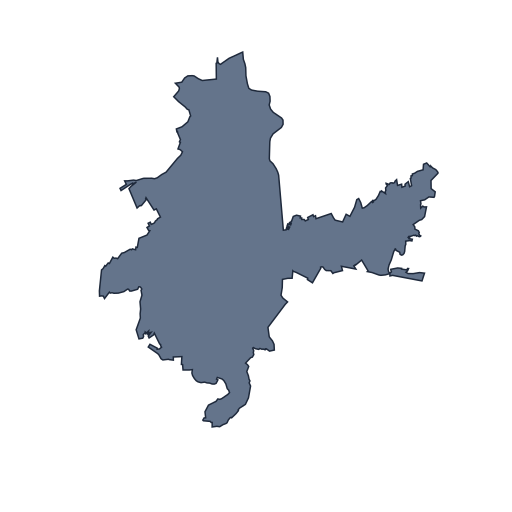 Targu Mures, Mures, Romania, rotated 120°
{"feature_id": "2599482B75389931397791", "entity_name": "Targu Mures", "entity_type": "district", "adm_level": 2, "iso_a3": "ROU", "parent_name": "Romania", "parent_adm1": "Mures", "projection": "equal_earth", "projection_center": [24.558, 46.548], "detail": "fine", "context": "isolated", "style": "filled", "palette": "slate", "viewbox_px": 512, "rotation_deg": 120, "n_neighbors": 0, "source": "geoboundaries", "source_scale": "gbopen_adm2", "svg_char_len": 6154}
<svg xmlns="http://www.w3.org/2000/svg" viewBox="0 0 512 512"><g transform="rotate(120 256 256)"><path d="M383.8,313.0L381.9,313.1L380.5,314.3L378.2,313.8L378.4,313.0L377.2,313.8L377.4,312.4L374.6,311.5L376.8,310.7L377.8,311.0L377.9,310.5L375.5,309.6L374.6,308.7L379.2,309.3L380.4,307.6L375.6,305.3L373.6,305.5L380.4,295.4L380.3,294.4L381.4,293.7L382.2,292.2L384.7,293.1L386.2,295.0L385.2,295.5L385.5,303.7L388.7,303.8L389.7,292.3L390.2,290.6L392.5,286.8L392.6,284.7L389.2,280.2L389.1,279.3L387.5,275.5L384.8,277.1L380.2,269.9L387.2,266.4L386.7,265.3L391.2,262.2L388.1,256.8L386.2,254.3L389.4,253.0L391.2,251.2L393.0,248.0L393.9,245.4L394.0,243.4L393.2,240.3L390.9,237.4L390.4,235.0L389.2,232.5L388.8,230.0L387.7,228.0L386.3,226.9L383.1,227.0L382.3,227.1L382.4,228.6L380.5,228.8L379.5,224.0L379.9,221.7L381.8,218.2L385.3,214.5L385.8,212.7L387.5,210.6L390.0,211.2L396.7,214.4L398.2,215.6L398.9,217.6L401.8,217.9L408.9,222.6L416.4,222.3L421.3,218.7L422.2,220.0L424.7,220.0L425.0,219.2L422.1,212.9L422.6,211.6L422.1,210.7L426.0,208.5L423.1,204.8L422.0,202.1L418.6,200.3L416.0,198.2L414.9,197.7L411.8,198.0L409.0,197.5L408.2,196.9L408.3,196.2L402.5,194.5L398.7,193.9L398.3,194.5L396.0,194.2L389.8,191.0L382.6,191.6L371.3,195.7L369.3,198.5L367.2,198.8L366.1,200.5L363.5,202.7L360.7,206.2L355.3,207.1L354.4,209.0L354.0,211.5L346.7,209.8L345.4,208.6L342.5,208.6L340.9,210.1L339.2,210.6L337.5,212.8L336.6,212.5L336.6,210.3L335.5,206.9L334.1,206.4L333.9,204.6L332.9,202.9L332.7,201.2L332.0,200.9L331.6,201.3L331.2,200.7L331.6,196.7L328.3,193.1L323.5,196.2L321.3,199.3L319.5,203.9L318.9,204.5L311.8,210.0L283.2,206.5L280.0,205.7L279.0,211.7L277.5,214.7L270.2,217.5L263.0,221.4L259.5,217.4L257.2,213.6L250.4,216.7L250.6,215.9L250.1,213.0L249.3,200.1L250.7,199.7L251.0,193.7L234.2,193.8L233.4,194.5L232.3,193.5L232.1,192.3L233.3,189.8L233.5,187.9L231.3,183.8L232.7,180.7L231.5,180.1L225.4,173.8L222.2,176.9L217.4,163.0L215.6,166.4L213.8,165.6L214.0,165.2L206.7,162.5L212.9,151.4L213.8,151.7L212.3,147.3L211.0,140.1L210.3,138.2L207.7,134.6L205.3,132.2L204.0,131.5L206.3,130.0L204.5,128.1L194.6,99.8L186.6,101.5L188.6,106.1L192.7,111.1L195.2,115.6L195.1,118.0L193.1,117.3L190.6,117.6L191.0,118.5L192.6,118.5L194.6,123.4L193.9,123.7L195.5,127.3L200.2,132.7L202.0,130.8L203.8,131.4L203.5,133.2L201.3,135.1L197.2,136.3L191.7,136.9L183.4,138.9L180.2,139.0L180.2,138.5L181.1,137.5L180.9,133.4L182.5,132.1L182.5,130.4L181.6,129.5L179.7,129.1L177.8,129.5L172.6,131.9L171.0,132.1L168.3,133.8L165.8,130.6L165.0,128.5L163.3,129.0L164.5,132.2L163.5,132.1L163.8,133.5L162.7,133.5L161.5,131.8L159.1,129.7L158.9,128.5L158.3,128.4L158.1,127.4L158.5,126.9L157.7,126.2L157.7,124.3L156.7,123.3L156.2,123.5L156.5,123.9L155.4,126.1L154.1,126.3L153.0,127.9L153.2,131.9L151.4,133.0L150.2,135.6L143.4,132.4L141.6,130.7L137.6,129.7L128.2,132.9L129.5,134.9L129.4,136.5L132.2,137.3L129.2,139.2L128.4,139.2L125.9,141.2L123.0,138.0L118.4,135.8L116.2,131.2L115.1,131.2L110.8,132.9L110.1,138.0L103.1,142.2L93.4,139.8L92.6,140.2L91.6,142.5L91.3,143.7L91.4,147.1L90.8,149.3L91.2,149.0L91.7,149.7L90.1,154.7L92.8,156.8L97.8,154.4L102.0,158.5L105.0,160.0L106.8,161.6L108.2,160.8L109.1,161.8L111.0,160.7L111.7,161.1L117.3,156.4L118.8,157.3L119.2,157.6L115.5,161.3L119.3,162.8L120.9,161.8L123.5,164.0L121.0,165.8L124.1,168.7L119.6,172.4L121.6,173.0L123.1,172.7L124.5,173.7L124.5,174.7L125.6,176.3L127.4,176.4L128.0,179.7L128.6,179.3L129.2,177.4L132.3,177.8L134.4,176.3L135.7,176.3L137.2,175.0L136.9,179.9L137.8,179.8L138.0,180.7L142.4,180.2L146.9,180.4L148.9,181.4L149.5,182.7L150.0,182.6L150.5,181.4L151.4,181.7L151.1,183.2L156.8,184.9L160.2,186.5L161.4,187.9L157.4,192.0L154.9,195.8L156.8,196.9L164.5,195.0L174.7,194.5L174.8,198.8L183.2,198.0L185.4,205.4L184.3,207.8L181.6,212.1L193.7,222.7L191.4,224.6L193.1,225.8L191.8,227.3L196.8,230.5L198.2,228.9L201.0,230.9L200.3,232.5L201.5,234.7L200.2,235.4L200.9,236.8L199.2,237.4L200.4,241.3L203.1,243.5L208.6,242.5L208.7,242.9L209.8,242.7L210.2,243.7L210.8,243.6L210.4,241.7L211.8,241.5L212.3,244.5L214.4,244.1L214.1,243.2L214.5,243.1L214.1,241.3L215.3,241.2L216.0,243.7L216.7,243.5L216.1,241.3L216.7,241.1L217.4,243.3L218.3,243.0L220.0,245.2L174.7,276.8L172.6,279.0L170.3,282.2L167.6,287.4L166.6,291.6L165.1,293.1L150.1,301.2L146.7,302.4L141.7,302.3L132.0,298.3L128.4,298.4L124.8,300.6L123.7,302.9L123.0,312.8L121.5,316.8L118.6,320.1L114.9,321.2L110.9,323.7L108.7,326.5L108.9,329.7L112.5,337.1L114.5,342.8L114.4,346.0L111.2,349.5L105.0,354.8L98.0,359.1L95.1,361.7L92.0,365.3L86.0,369.5L98.3,378.2L107.8,382.6L107.9,384.2L107.0,386.0L103.2,388.7L108.7,386.3L109.1,386.8L122.6,378.8L130.9,390.3L131.3,394.6L131.0,399.6L131.7,401.4L134.1,405.1L137.5,406.8L142.6,407.2L146.7,412.2L148.3,406.8L149.5,406.0L151.8,405.5L159.2,406.9L161.0,400.3L162.3,391.9L163.3,388.9L163.0,387.2L167.4,382.6L168.5,382.9L173.9,382.1L181.1,384.7L185.8,388.5L188.0,386.6L187.5,386.2L188.9,385.0L193.0,379.6L195.2,379.5L195.5,379.3L195.4,378.3L202.3,377.1L201.8,374.8L202.5,371.8L206.3,371.5L210.7,372.8L228.4,375.8L232.6,378.4L237.6,380.6L239.8,382.5L240.8,385.2L245.0,392.3L250.5,397.4L251.5,400.0L255.3,405.0L256.6,407.3L258.8,404.1L265.4,407.6L266.8,405.6L256.6,400.5L254.8,399.4L255.4,399.0L255.2,398.8L251.8,396.5L258.0,399.0L261.2,399.7L273.9,383.0L270.8,382.0L270.2,381.6L270.1,380.8L269.3,380.4L262.6,379.3L261.8,379.5L261.7,380.2L260.5,380.4L267.2,367.3L265.0,365.9L270.1,358.2L273.0,359.9L273.8,359.7L276.1,360.6L277.9,360.5L279.0,361.0L281.0,362.5L279.6,364.5L281.6,365.8L283.3,363.3L285.8,364.7L287.6,361.7L287.2,360.6L292.4,360.9L299.2,366.2L307.9,363.1L308.3,364.4L310.8,363.4L311.7,366.7L312.8,366.9L313.1,368.4L318.9,371.8L320.7,373.7L327.5,374.5L327.8,376.2L328.9,377.7L328.6,379.4L335.8,379.2L335.9,380.5L340.0,381.1L339.9,382.1L343.3,382.1L345.3,382.8L364.5,374.2L369.0,371.4L367.7,369.7L367.1,368.1L368.6,365.9L360.6,364.9L361.0,363.7L359.8,362.3L359.3,360.4L357.0,356.7L352.9,352.6L348.9,350.7L348.5,349.7L349.5,347.8L348.7,346.4L344.0,341.9L341.3,342.1L340.7,341.2L340.8,340.2L341.7,338.4L343.2,338.4L346.9,335.2L353.6,333.6L359.6,329.4L363.9,327.5L367.6,325.1L379.8,322.9L386.3,315.9L383.8,313.0Z" fill="#64748b" stroke="#1e293b" stroke-width="1.5"/></g></svg>